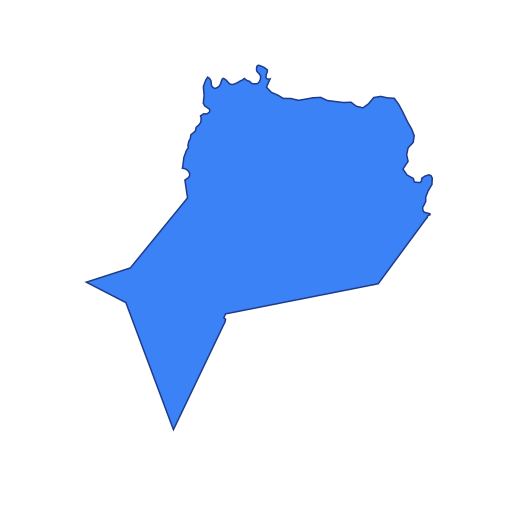 outline of Santos Reyes Tepejillo, Oaxaca, Mexico, rotated 16°
{"feature_id": "50627088B75439888832629", "entity_name": "Santos Reyes Tepejillo", "entity_type": "district", "adm_level": 2, "iso_a3": "MEX", "parent_name": "Mexico", "parent_adm1": "Oaxaca", "projection": "orthographic", "projection_center": [-97.955, 17.412], "detail": "medium", "context": "isolated", "style": "filled", "palette": "blue", "viewbox_px": 512, "rotation_deg": 16, "n_neighbors": 0, "source": "geoboundaries", "source_scale": "gbopen_adm2", "svg_char_len": 1904}
<svg xmlns="http://www.w3.org/2000/svg" viewBox="0 0 512 512"><g transform="rotate(16 256 256)"><path d="M100.1,327.9L100.9,328.1L143.8,336.7L224.5,445.7L243.8,331.3L244.4,328.2L244.2,325.2L242.1,324.3L242.7,320.0L381.1,249.0L409.3,173.1L410.0,172.0L409.8,170.9L410.2,169.7L411.9,168.4L411.5,167.4L407.3,167.6L405.0,167.3L403.6,165.7L402.8,163.2L403.5,160.4L404.1,156.6L402.9,152.7L403.5,146.0L405.4,138.7L404.0,132.6L402.0,130.5L399.8,130.3L396.2,132.8L393.9,135.6L394.4,138.4L393.5,140.2L387.9,141.3L385.8,138.1L378.8,136.5L373.3,131.9L376.1,123.1L372.9,117.1L372.4,110.1L375.8,103.4L374.9,96.7L370.7,91.1L365.0,85.6L356.3,75.9L351.1,70.7L345.4,66.3L338.5,67.8L331.9,68.2L325.5,71.2L322.2,78.7L318.0,84.1L311.0,84.4L305.0,82.0L297.6,84.4L281.6,86.9L274.5,85.7L267.4,88.1L254.1,94.6L246.1,95.0L238.8,97.0L232.4,95.3L225.7,94.5L219.5,90.8L220.7,81.9L219.7,82.6L217.7,82.6L216.5,81.8L216.0,80.5L215.9,78.4L216.1,75.8L215.6,73.9L211.9,72.5L207.3,71.9L205.6,72.0L204.6,73.3L204.7,75.1L205.2,76.9L206.0,78.3L209.5,80.4L211.0,82.1L211.5,84.9L211.3,87.1L210.9,88.2L209.9,89.9L206.8,91.0L205.0,91.4L203.4,90.9L201.5,89.8L199.6,89.9L197.9,89.4L195.8,88.5L194.5,90.5L192.6,92.1L190.5,94.4L187.5,96.9L186.5,97.4L185.3,97.8L184.0,97.9L182.7,97.6L179.1,95.3L176.7,94.4L175.4,94.3L174.7,95.5L174.5,97.5L174.5,100.2L173.9,102.7L172.4,104.7L170.7,106.1L169.2,106.2L167.4,105.5L166.2,104.3L164.4,100.0L162.6,98.2L160.2,97.4L159.2,100.8L158.7,107.7L161.9,116.1L163.2,123.6L165.3,125.8L169.9,127.4L171.0,128.0L171.6,129.2L171.4,130.9L169.6,132.9L168.1,133.4L166.5,133.7L164.0,136.6L165.2,138.4L166.1,142.7L164.8,146.1L163.0,148.8L163.3,152.6L160.0,157.4L160.5,161.5L159.8,164.2L160.1,168.8L161.1,169.9L160.0,174.1L159.5,181.3L160.9,190.0L161.0,191.9L164.4,191.7L167.4,192.9L169.6,195.2L170.0,197.5L169.2,199.7L166.7,202.6L174.2,219.0L138.5,302.1L100.1,327.9Z" fill="#3b82f6" stroke="#1e3a8a" stroke-width="1.5"/></g></svg>